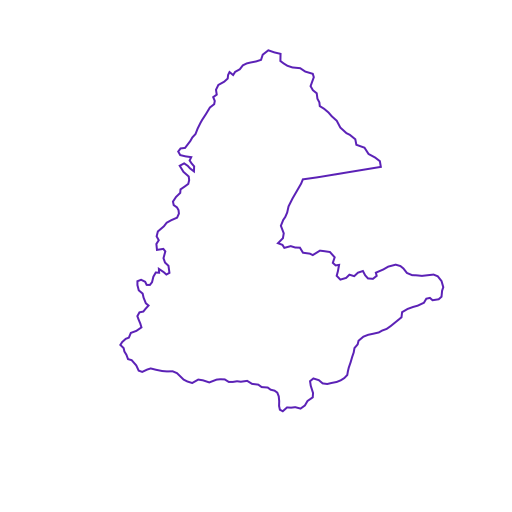 Varjão, Goiás, Brazil (Mercator projection), rotated 48°
{"feature_id": "56859067B20794706091127", "entity_name": "Varjão", "entity_type": "district", "adm_level": 2, "iso_a3": "BRA", "parent_name": "Brazil", "parent_adm1": "Goiás", "projection": "mercator", "projection_center": [-49.607, -17.086], "detail": "fine", "context": "isolated", "style": "outline", "palette": "violet", "viewbox_px": 512, "rotation_deg": 48, "n_neighbors": 0, "source": "geoboundaries", "source_scale": "gbopen_adm2", "svg_char_len": 3449}
<svg xmlns="http://www.w3.org/2000/svg" viewBox="0 0 512 512"><g transform="rotate(48 256 256)"><path d="M398.8,134.9L392.7,134.5L388.6,136.5L384.8,141.8L381.8,146.0L377.8,149.6L374.7,152.8L369.6,155.2L363.9,154.8L360.1,155.4L355.9,158.0L352.4,164.8L351.2,170.4L348.6,178.1L351.5,179.6L351.2,184.4L347.6,187.8L343.4,187.8L338.7,186.6L336.6,191.4L336.7,196.5L332.4,199.1L332.6,203.7L330.0,209.1L324.7,209.3L322.1,205.3L318.2,200.2L316.3,203.1L312.5,203.5L309.6,198.4L302.5,198.4L297.9,202.2L294.8,204.9L293.3,213.2L290.3,214.4L285.0,218.9L279.2,217.8L275.9,221.2L271.9,223.6L268.9,229.5L265.4,228.9L261.2,231.1L260.8,224.1L257.7,220.2L250.2,217.3L247.4,211.6L246.6,208.2L244.6,203.8L240.9,198.6L237.7,190.4L232.4,174.0L230.4,169.9L238.3,158.2L273.3,103.6L268.4,100.5L262.5,101.6L255.5,104.1L248.1,102.9L240.5,107.0L235.7,104.1L228.7,105.2L225.2,106.6L217.0,107.4L209.5,105.5L202.9,106.2L197.8,106.1L192.1,106.9L187.3,108.3L184.2,106.1L180.2,105.1L175.7,102.0L170.9,102.8L166.3,101.8L161.8,93.4L158.6,91.9L151.9,96.0L146.0,97.5L140.2,102.8L135.6,105.4L131.4,106.6L127.4,107.4L122.2,102.5L117.0,106.1L111.4,109.2L110.9,116.3L113.6,121.0L111.5,125.7L108.5,130.7L106.7,134.0L105.5,138.2L106.4,143.1L105.2,148.3L106.2,151.9L101.6,152.6L102.8,155.6L105.2,158.3L105.2,163.0L103.7,169.5L105.7,174.5L109.8,177.2L109.3,181.5L113.2,182.9L115.2,185.5L114.8,190.9L117.0,198.1L118.8,204.9L119.8,207.9L122.2,214.0L124.9,219.4L125.3,224.0L126.6,227.9L128.2,236.4L125.6,240.1L126.3,243.9L130.3,244.8L134.8,241.7L139.2,238.0L140.6,241.4L143.8,241.9L148.0,242.0L151.6,245.5L146.8,246.4L143.3,246.4L139.1,247.4L137.9,252.3L144.9,253.6L151.9,252.8L154.9,254.9L157.1,258.1L156.7,262.2L156.0,267.5L158.4,270.1L158.6,275.9L160.0,281.3L163.1,283.1L167.0,282.2L170.1,282.9L172.9,284.9L174.7,289.0L172.7,295.0L171.5,300.1L172.3,304.6L172.1,312.5L174.9,316.7L179.2,317.7L180.4,322.0L185.2,325.5L188.7,320.1L191.9,320.3L195.7,326.2L200.0,328.0L204.7,327.6L210.6,331.6L209.8,335.0L206.2,335.4L200.6,336.8L203.6,339.2L201.2,341.5L202.7,346.1L205.9,350.8L206.5,354.2L204.3,356.6L201.0,355.6L196.8,357.3L195.4,361.0L198.3,363.6L203.1,366.1L208.1,365.4L211.7,367.4L217.4,369.5L220.9,369.0L221.3,373.3L221.9,376.9L219.9,380.3L221.3,384.4L224.5,385.7L228.8,387.2L232.4,388.9L231.6,395.0L229.4,400.5L231.6,405.1L230.4,408.2L230.4,413.0L231.3,416.3L235.9,416.0L238.9,417.7L242.7,418.4L247.0,420.1L250.2,418.1L257.2,418.2L262.7,419.9L266.0,418.1L267.6,412.8L269.1,409.5L273.7,406.4L278.7,402.7L282.2,399.4L285.9,395.1L290.2,393.1L299.4,392.5L303.3,391.0L307.7,388.4L309.2,381.6L312.9,378.6L318.7,375.3L321.5,368.0L323.7,365.0L326.8,361.8L331.4,360.5L334.2,357.3L336.4,353.9L339.3,351.4L342.9,346.1L348.4,344.5L353.1,340.4L357.2,339.5L361.6,335.3L365.1,334.6L368.5,332.3L371.8,331.6L375.5,333.0L379.4,335.9L382.9,339.2L386.2,341.1L389.3,340.0L389.3,334.3L392.2,331.4L394.6,328.0L399.2,325.0L399.8,319.7L398.2,314.7L399.0,308.4L396.0,305.3L389.0,302.1L385.2,299.6L385.4,295.3L390.3,292.4L395.3,291.7L398.8,288.7L400.8,285.0L403.6,280.3L405.1,276.2L405.8,272.1L405.5,267.8L403.2,264.9L401.0,261.7L398.4,257.0L395.2,251.8L393.1,248.0L390.3,244.4L389.7,239.6L387.6,236.5L387.8,230.2L389.6,225.4L392.2,220.9L395.0,215.9L395.8,212.2L397.6,207.7L398.2,202.8L398.4,199.0L398.9,188.9L395.5,185.0L396.8,178.7L399.0,173.3L401.1,169.1L403.1,162.5L401.7,158.0L403.5,154.8L407.0,154.4L410.4,149.2L410.4,145.4L406.3,140.9L404.5,137.7L398.8,134.9Z" fill="none" stroke="#5b21b6" stroke-width="2"/></g></svg>